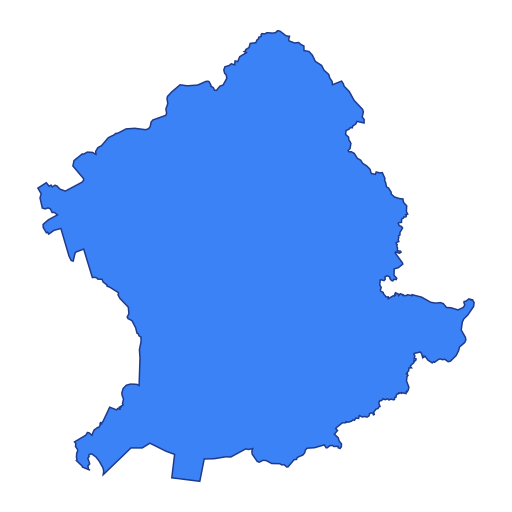 outline of Acaxochitlán, Hidalgo, Mexico
{"feature_id": "50627088B79111544799343", "entity_name": "Acaxochitlán", "entity_type": "district", "adm_level": 2, "iso_a3": "MEX", "parent_name": "Mexico", "parent_adm1": "Hidalgo", "projection": "mercator", "projection_center": [-98.184, 20.165], "detail": "fine", "context": "isolated", "style": "filled", "palette": "blue", "viewbox_px": 512, "rotation_deg": 0, "n_neighbors": 0, "source": "geoboundaries", "source_scale": "gbopen_adm2", "svg_char_len": 5986}
<svg xmlns="http://www.w3.org/2000/svg" viewBox="0 0 512 512"><path d="M82.3,153.9L74.0,160.6L72.9,166.0L83.7,178.8L83.4,180.6L82.0,182.2L65.3,191.1L59.9,189.1L57.1,186.1L55.1,185.2L52.3,186.9L51.0,185.1L49.1,186.2L46.3,182.7L37.9,188.1L41.2,193.9L40.0,197.9L42.3,208.0L45.1,208.9L48.0,207.9L50.3,208.8L52.1,212.5L54.3,212.4L57.5,214.9L48.5,219.7L43.1,224.4L43.2,227.5L46.4,232.8L47.6,232.2L48.7,234.1L54.1,230.3L60.9,228.5L69.0,256.1L71.2,260.5L73.2,261.1L75.0,253.4L76.0,252.0L83.7,249.1L92.4,277.6L94.7,277.3L96.9,277.9L97.7,279.1L102.0,279.3L103.2,282.1L106.8,284.8L107.1,286.2L109.6,287.1L118.2,292.5L118.6,293.5L118.0,294.8L119.9,298.4L128.3,307.2L128.9,313.8L127.2,316.9L127.9,318.5L132.0,320.7L135.7,327.9L137.0,333.2L138.2,333.7L139.1,335.9L140.9,336.9L141.1,341.3L139.4,349.8L140.0,357.9L139.1,385.5L137.0,384.4L134.4,384.2L130.4,384.1L126.4,385.2L123.2,388.4L121.9,392.6L122.0,395.0L123.5,399.1L122.5,403.5L123.2,404.9L119.6,407.1L120.6,407.3L119.7,408.0L120.0,409.1L117.6,408.6L116.6,409.9L109.7,407.2L103.0,421.4L101.9,422.8L100.5,422.6L100.1,423.7L102.1,423.7L100.9,424.0L98.7,427.5L97.7,427.4L94.0,430.1L91.9,435.3L89.1,432.8L87.4,432.5L85.8,435.2L74.5,441.9L75.8,443.5L75.5,446.5L77.5,449.4L77.7,451.3L76.8,452.7L76.4,457.0L77.0,459.6L76.3,460.5L81.9,465.8L82.5,467.1L90.0,470.2L88.6,469.3L87.9,465.9L89.7,463.9L87.8,458.1L89.1,456.7L88.8,455.4L89.3,454.5L91.6,453.8L96.0,457.0L99.1,461.0L102.9,467.7L103.7,471.1L103.2,474.7L131.0,447.9L142.3,447.9L149.9,443.2L166.2,451.3L174.6,454.4L171.8,477.8L199.8,481.3L204.2,459.0L214.3,458.7L225.7,456.8L230.8,457.0L245.7,448.9L248.4,449.5L252.7,448.6L251.9,451.1L252.1,454.0L257.2,461.4L259.3,462.2L262.9,460.3L266.0,460.5L271.7,463.5L279.8,463.7L281.8,464.9L284.2,464.7L286.6,466.9L288.0,466.9L294.1,459.7L296.5,459.4L297.3,457.4L302.9,455.0L304.6,452.9L305.5,449.8L307.2,448.2L314.6,447.7L324.3,444.9L326.1,447.8L327.4,447.7L329.8,445.6L332.6,445.5L333.9,446.5L338.0,446.3L338.1,447.7L340.0,448.5L341.3,446.9L341.5,443.9L339.2,441.2L338.2,437.8L334.4,434.2L337.5,430.5L335.7,428.5L336.7,427.4L342.4,422.8L345.4,422.8L346.2,422.4L346.1,421.7L348.2,422.2L351.5,421.2L353.1,419.8L354.5,420.3L355.8,418.1L358.6,418.4L359.3,415.6L362.4,417.0L364.9,416.5L366.9,417.1L369.0,415.9L369.6,413.6L371.7,412.8L373.2,413.9L373.4,414.8L374.3,414.5L373.7,412.3L374.6,411.0L375.9,409.2L378.0,408.5L378.9,406.9L380.0,406.5L378.9,403.6L379.1,401.8L379.8,400.6L381.0,400.8L382.9,399.4L383.1,398.7L385.2,399.7L387.7,398.8L389.0,400.0L390.8,399.1L393.5,399.8L394.5,399.5L394.5,397.9L396.1,396.9L396.2,395.3L396.9,394.2L398.6,393.7L398.7,392.8L399.8,393.2L401.2,392.6L401.5,393.3L402.2,392.8L406.0,393.6L406.4,391.6L407.0,392.0L408.2,390.1L408.9,387.2L406.5,380.9L407.0,376.6L408.0,375.3L406.4,373.8L407.4,373.3L407.3,372.1L408.7,370.8L408.9,368.0L411.5,367.8L410.5,366.7L410.5,365.7L413.9,362.6L414.0,360.9L414.4,361.4L415.8,360.2L416.1,358.9L414.1,358.3L414.9,355.9L413.9,354.2L414.3,353.4L420.3,352.0L421.7,353.9L422.6,357.2L423.1,356.1L424.2,356.2L423.9,357.1L425.2,356.4L427.9,360.1L432.2,362.9L433.7,361.7L434.5,362.3L438.7,359.3L440.4,358.9L442.4,359.7L444.8,359.3L448.1,361.7L450.4,361.2L456.1,355.6L458.6,350.7L459.5,347.0L464.7,342.5L465.9,339.9L465.3,337.1L461.2,330.0L462.3,322.2L463.7,319.0L467.7,315.1L473.6,306.5L474.1,302.5L472.8,300.4L471.5,300.1L472.0,299.7L468.8,298.9L466.0,301.2L464.1,301.5L463.9,302.5L464.7,304.8L464.2,306.2L463.0,307.6L458.0,309.9L450.8,307.7L446.5,307.5L443.4,303.7L440.6,302.6L435.6,303.1L430.8,302.3L421.5,297.1L412.1,294.7L412.1,295.7L407.4,294.7L406.7,295.5L403.4,295.7L402.6,295.1L403.0,294.7L400.2,293.7L398.8,295.6L398.2,294.0L395.5,292.7L394.7,294.4L395.5,295.0L394.3,296.0L393.2,295.8L388.3,298.7L388.3,296.9L386.2,297.0L383.5,293.8L383.2,292.4L380.7,291.2L380.4,290.0L381.2,287.4L379.8,285.1L380.2,280.1L380.7,279.7L384.0,280.6L385.2,279.3L385.0,276.9L387.1,275.7L389.5,276.8L390.2,279.0L391.5,280.5L392.7,280.9L393.9,279.4L396.3,279.5L396.7,278.2L394.0,275.3L394.2,268.9L398.3,267.7L402.8,264.1L402.4,262.8L395.1,252.9L395.5,252.0L399.3,253.2L401.0,252.3L400.6,251.2L397.3,250.7L397.5,248.0L396.8,246.1L397.2,244.6L396.1,243.4L396.4,242.4L398.8,241.6L398.2,239.8L398.8,237.4L398.5,236.1L400.0,234.9L399.9,232.5L402.6,228.0L401.4,226.4L399.3,225.7L398.2,223.3L398.7,222.7L401.5,222.4L401.6,219.1L403.5,218.0L403.7,217.1L406.0,216.8L406.4,215.5L405.8,214.6L407.7,214.1L406.4,211.5L406.7,205.8L403.6,202.5L402.9,198.9L399.5,198.6L394.3,196.9L391.2,194.0L391.1,192.1L388.6,188.1L386.5,186.9L385.6,182.4L384.7,180.9L384.9,178.4L382.3,172.6L380.0,172.9L376.2,172.0L375.4,174.4L371.2,173.4L370.1,169.4L366.8,166.0L362.6,163.3L360.7,160.2L357.3,158.3L354.3,153.4L351.2,151.7L349.1,151.9L348.4,151.3L348.2,150.5L350.1,148.4L350.9,143.3L348.8,139.7L348.6,137.2L345.6,134.4L346.0,130.6L349.0,129.2L350.4,127.6L352.3,127.8L352.8,126.0L355.8,124.0L357.0,121.4L364.1,123.0L364.1,119.4L362.2,117.1L363.4,111.8L362.5,109.3L354.1,100.4L349.3,91.6L344.0,86.1L343.5,84.1L341.6,81.1L332.5,84.7L332.1,81.4L329.9,78.3L328.7,74.4L324.0,70.2L321.6,65.4L315.3,61.4L312.4,55.2L309.0,51.5L304.0,50.6L303.9,46.0L300.5,44.2L298.7,42.5L294.6,43.0L289.1,40.9L288.6,39.7L289.5,36.3L286.2,35.9L279.9,31.1L277.5,30.7L275.6,32.6L273.0,33.1L266.7,32.7L265.1,33.9L261.9,33.6L261.1,34.5L261.2,36.4L258.7,37.3L258.6,38.7L257.0,39.9L255.8,42.7L250.2,43.4L249.0,47.6L245.8,49.5L245.7,50.9L244.2,51.5L246.3,52.7L239.7,56.7L237.7,61.6L235.1,60.9L234.7,64.8L231.2,63.8L229.2,65.5L224.9,66.8L223.8,70.0L224.7,73.4L226.1,74.5L226.8,78.3L223.1,85.0L219.9,86.2L216.4,90.4L214.5,90.2L213.2,87.5L210.8,86.2L211.0,85.3L209.1,81.7L207.9,81.2L205.7,81.5L197.5,85.1L187.2,85.8L180.1,84.8L171.5,92.1L167.5,96.4L167.0,98.6L167.8,103.6L165.9,108.9L166.6,113.3L165.7,115.4L153.0,119.9L151.1,122.0L150.2,126.6L148.5,128.7L145.7,129.7L134.8,128.3L126.1,128.9L117.8,133.2L115.4,133.5L114.6,134.6L108.3,137.7L101.5,145.7L97.9,147.6L95.7,151.3L95.9,154.3L92.4,152.4L87.3,152.1L83.5,154.2L82.3,153.9Z" fill="#3b82f6" stroke="#1e3a8a" stroke-width="1.5"/></svg>